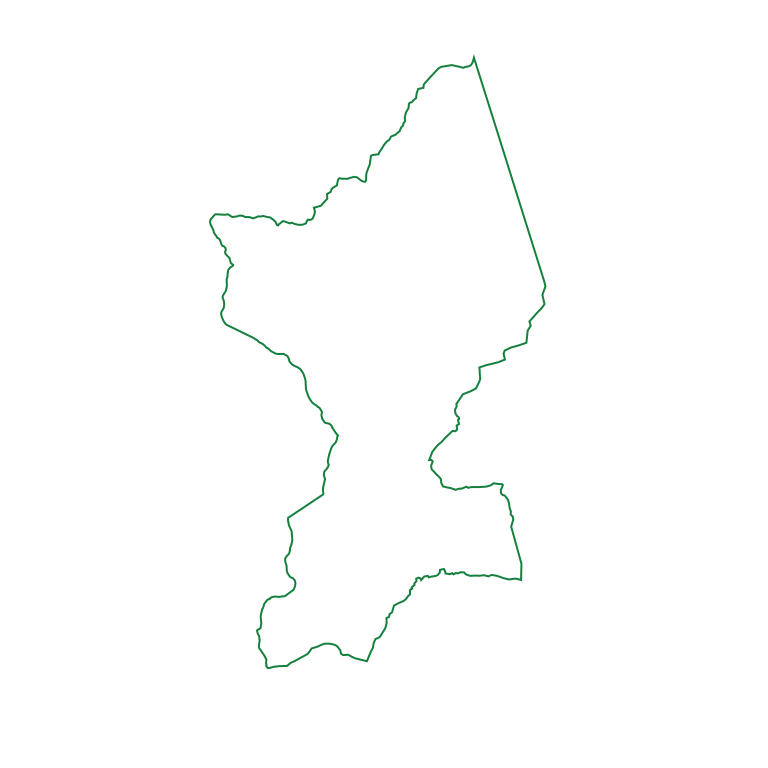 outline of Kerowagi District, Chimbu, Papua New Guinea, rotated 328°
{"feature_id": "67681753B87075693473901", "entity_name": "Kerowagi District", "entity_type": "district", "adm_level": 2, "iso_a3": "PNG", "parent_name": "Papua New Guinea", "parent_adm1": "Chimbu", "projection": "mercator", "projection_center": [144.832, -5.936], "detail": "fine", "context": "isolated", "style": "outline", "palette": "green", "viewbox_px": 768, "rotation_deg": 328, "n_neighbors": 0, "source": "geoboundaries", "source_scale": "gbopen_adm2", "svg_char_len": 5890}
<svg xmlns="http://www.w3.org/2000/svg" viewBox="0 0 768 768"><g transform="rotate(328 384 384)"><path d="M222.7,610.0L226.7,607.1L230.4,604.4L234.6,602.0L237.9,598.3L241.5,595.8L246.2,596.4L255.7,591.8L259.4,588.3L262.1,583.8L264.8,584.2L266.9,582.0L269.7,582.0L275.0,577.2L280.5,577.6L285.8,578.4L288.7,578.0L292.1,576.6L294.6,576.2L296.9,572.4L299.4,572.5L299.7,571.1L303.4,570.6L304.1,569.2L307.1,568.4L308.1,566.2L310.4,566.4L312.0,568.3L311.6,570.0L316.0,568.6L319.5,569.9L319.5,571.7L322.0,572.4L326.0,574.1L328.4,574.5L331.5,573.4L333.0,571.3L336.8,572.6L336.6,575.3L335.7,577.2L339.2,580.3L341.7,580.6L342.0,582.2L344.9,582.4L346.1,583.7L349.3,584.3L352.1,586.2L352.5,588.7L355.2,592.2L360.3,595.1L363.3,597.2L367.6,599.2L370.5,602.4L374.2,603.0L378.4,606.8L382.4,611.9L386.4,616.0L392.4,618.7L396.4,622.8L405.3,609.3L416.3,572.3L421.8,567.5L422.0,567.0L422.9,564.7L422.3,561.7L424.1,559.3L424.8,555.7L426.6,551.9L427.8,547.9L427.3,542.6L425.7,540.8L425.4,538.3L426.8,535.9L431.2,532.8L430.9,531.3L428.4,529.7L424.2,526.2L421.2,526.6L416.5,525.3L410.5,522.1L406.5,519.6L403.8,517.9L400.3,516.6L399.5,514.8L394.5,513.9L391.8,512.4L388.7,511.7L385.4,507.6L382.5,505.0L379.8,502.1L380.1,498.5L381.9,494.5L381.2,490.7L380.3,487.2L380.0,485.0L379.2,481.5L380.7,478.2L384.3,475.5L383.9,473.4L382.0,472.5L386.5,469.1L388.8,467.3L393.1,465.6L397.9,464.2L402.3,463.6L407.3,462.2L413.1,460.9L417.1,460.1L419.7,462.0L422.1,461.2L423.6,457.7L426.4,457.7L427.7,453.7L429.4,453.3L429.7,451.5L429.0,449.9L429.0,446.8L430.5,443.5L433.9,441.4L434.7,439.3L439.6,437.2L445.4,434.5L453.3,436.0L459.8,436.5L462.3,434.8L465.5,432.9L468.3,430.7L470.5,426.3L472.5,422.8L473.7,420.5L481.4,422.4L486.6,424.2L492.6,426.1L499.5,427.4L501.4,421.7L504.1,419.6L511.1,420.4L517.8,422.4L526.6,424.5L534.1,414.9L539.3,412.3L540.5,408.0L545.8,406.5L550.2,405.1L557.3,403.3L560.3,402.3L562.5,401.2L565.5,392.4L572.6,386.8L574.2,382.1L589.7,322.5L611.8,237.7L633.2,154.9L630.7,157.2L629.3,158.4L627.4,159.3L626.1,159.7L623.7,159.3L620.7,158.2L618.9,157.9L615.0,153.9L610.5,149.5L600.9,145.5L598.1,145.2L593.6,146.2L584.7,148.6L576.4,151.1L574.4,153.7L569.3,151.9L565.4,155.1L562.8,158.5L559.4,158.9L557.1,159.8L554.8,159.1L553.4,159.8L552.4,161.3L550.9,163.1L546.4,165.4L542.6,169.3L541.3,172.2L538.6,173.3L537.0,174.9L534.5,175.5L531.3,177.8L525.7,178.7L522.6,178.1L520.9,177.9L517.8,179.8L515.1,179.8L510.3,181.4L507.4,183.0L503.5,184.7L502.2,185.3L501.1,186.3L495.6,183.7L493.8,183.6L491.8,186.1L490.2,187.9L488.2,190.3L485.7,192.1L482.6,194.5L480.2,196.6L476.5,202.1L475.1,202.5L473.2,200.8L471.9,198.0L470.8,194.7L468.5,192.5L465.0,191.4L461.2,190.4L459.3,188.9L457.0,187.6L455.5,186.0L453.8,186.1L451.7,188.0L449.2,190.6L444.6,190.5L442.7,191.0L440.6,192.8L438.3,192.8L436.4,192.7L434.1,196.8L428.8,198.3L424.9,199.4L418.0,197.4L417.6,198.7L417.0,200.7L415.5,202.7L411.4,205.8L409.5,206.1L407.6,205.2L406.7,204.3L405.6,204.6L402.9,206.4L399.5,205.8L396.1,203.9L393.2,201.1L391.3,198.4L389.1,197.8L386.2,193.8L384.4,192.3L379.3,192.9L378.4,193.4L377.5,192.6L377.9,189.0L377.2,186.0L375.6,182.3L373.4,180.5L370.5,177.4L369.4,177.1L368.4,176.7L366.0,175.1L363.8,174.8L360.8,174.2L358.2,171.0L354.8,168.9L353.5,166.7L350.9,164.7L347.7,163.8L343.8,162.0L341.5,157.3L338.8,156.2L331.1,150.8L329.9,150.8L328.4,151.3L326.9,151.7L324.3,152.6L322.6,153.9L321.2,157.3L321.3,159.1L320.8,163.2L320.0,165.4L320.1,168.3L320.3,169.9L319.9,171.2L321.2,173.7L321.1,175.6L320.8,176.7L320.4,178.1L320.0,180.7L321.4,182.9L321.5,184.9L320.8,186.7L319.3,187.6L318.6,189.2L318.9,191.9L319.7,195.2L318.2,200.1L319.4,204.0L319.1,203.7L318.0,203.7L315.1,203.7L313.1,204.4L312.1,205.1L309.9,207.5L308.6,209.5L306.0,211.9L302.7,217.6L299.5,221.0L294.2,223.7L293.2,224.8L292.6,226.1L292.6,227.1L292.0,229.1L290.7,231.8L288.1,234.8L284.5,236.6L283.2,237.9L281.9,241.3L281.3,245.9L281.4,248.9L282.0,250.6L298.3,276.7L298.4,277.7L299.4,279.0L300.4,282.6L302.1,285.3L303.2,288.3L303.5,290.9L304.2,291.6L305.6,296.2L308.0,300.5L309.7,302.2L314.8,305.3L316.9,309.0L316.8,311.7L315.8,314.7L316.2,318.1L317.2,320.4L320.0,324.7L320.0,325.3L320.6,326.0L321.0,327.3L321.1,332.6L320.1,337.0L319.2,339.7L315.0,347.1L313.1,355.4L313.2,361.1L313.9,363.4L315.6,367.1L315.6,368.1L316.3,369.1L316.7,370.7L316.7,373.7L316.4,375.1L314.5,377.1L313.2,380.8L313.3,385.1L313.6,385.8L316.0,388.1L317.0,389.7L317.3,391.0L317.4,392.7L317.0,393.1L317.2,400.7L317.7,403.2L316.9,403.6L314.6,406.1L312.3,407.8L311.6,408.1L307.4,409.2L305.1,410.6L300.2,414.7L295.9,419.1L294.9,420.7L294.3,423.1L293.0,424.4L290.1,425.8L288.1,426.2L286.8,426.9L284.8,429.2L283.5,433.6L277.7,439.3L275.7,442.0L274.7,444.6L273.8,445.4L231.8,446.7L230.5,448.4L228.5,453.4L227.7,459.8L223.5,467.9L219.9,471.6L217.9,472.9L216.6,474.3L216.6,474.6L214.0,477.3L212.4,478.0L211.1,478.1L208.1,479.4L207.4,480.1L205.8,483.1L205.2,486.2L202.6,490.9L202.0,493.2L202.1,497.9L203.8,500.5L204.1,501.8L204.2,503.8L203.2,506.2L201.6,508.2L198.3,510.6L187.7,511.4L186.1,510.8L185.4,510.1L184.7,510.1L181.4,508.5L180.0,507.2L178.4,506.2L175.7,505.3L173.4,505.3L173.1,505.7L172.4,505.7L172.0,505.3L170.1,505.4L165.8,507.1L162.8,509.8L161.2,510.5L157.0,514.9L156.0,516.2L153.1,522.0L149.8,525.7L147.2,525.7L146.9,525.4L146.5,525.4L145.5,526.1L144.6,529.1L144.6,531.4L142.7,535.5L138.8,540.2L138.1,542.4L138.4,544.1L138.4,546.1L138.6,551.2L138.2,555.4L137.0,557.0L136.0,558.2L135.6,559.8L134.8,560.3L134.8,563.2L135.7,563.6L136.7,564.3L139.3,565.0L141.2,565.6L143.0,566.6L145.3,567.5L148.2,569.3L150.1,570.3L152.4,571.7L157.4,571.0L160.6,571.6L164.9,571.8L171.2,572.2L174.5,572.4L176.5,572.4L180.1,571.0L182.4,569.9L187.9,571.4L192.5,572.0L195.9,572.7L199.9,575.1L202.3,577.3L204.2,579.4L205.2,581.3L205.7,584.5L205.7,587.2L205.0,588.7L204.6,589.8L205.6,592.2L208.2,593.6L210.0,594.5L210.8,595.7L212.1,598.2L214.3,601.5L217.5,604.8L221.4,608.8L222.7,610.0Z" fill="none" stroke="#15803d" stroke-width="2"/></g></svg>